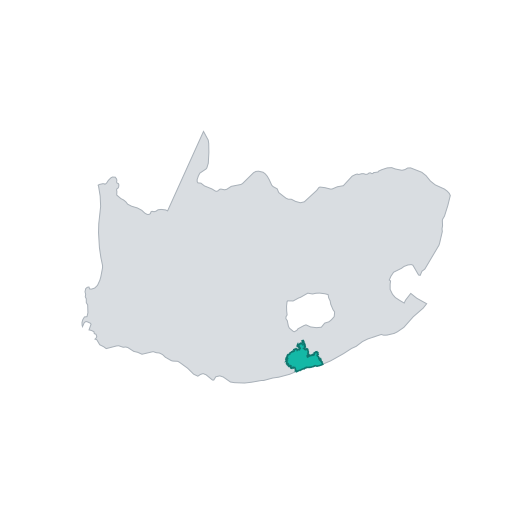 O.R.Tambo, Eastern Cape, South Africa (highlighted), rotated 29°
{"feature_id": "47623444B2401151093158", "entity_name": "O.R.Tambo", "entity_type": "district", "adm_level": 2, "iso_a3": "ZAF", "parent_name": "South Africa", "parent_adm1": "Eastern Cape", "projection": "albers", "projection_center": [29.004, -31.416], "detail": "fine", "context": "in_parent", "style": "filled", "palette": "teal", "viewbox_px": 512, "rotation_deg": 29, "n_neighbors": 0, "source": "geoboundaries", "source_scale": "gbopen_adm2", "svg_char_len": 9347}
<svg xmlns="http://www.w3.org/2000/svg" viewBox="0 0 512 512"><g transform="rotate(29 256 256)"><path d="M348.5,104.0L360.4,102.4L365.8,103.3L372.2,105.9L378.2,106.9L388.4,106.1L391.9,106.6L394.6,107.5L396.6,108.9L399.3,118.9L401.5,129.7L401.4,133.2L401.7,134.5L404.5,139.1L405.5,142.0L407.1,144.3L410.4,155.9L410.8,157.9L410.0,185.6L408.5,188.9L409.0,193.3L407.4,193.8L397.7,188.0L396.0,188.2L393.2,190.2L390.5,193.4L389.3,196.1L384.2,203.5L383.8,208.3L384.2,212.4L385.8,212.6L386.9,215.5L389.5,220.2L393.9,223.3L398.0,224.8L403.8,225.2L408.4,225.3L408.2,222.1L409.5,213.7L417.1,215.0L428.4,215.0L427.5,220.5L423.0,232.9L419.9,246.8L416.4,253.8L414.4,256.7L408.9,261.7L406.0,263.4L403.6,263.9L394.1,274.2L390.6,279.2L387.4,286.5L384.4,290.5L379.8,299.1L372.0,311.7L365.4,320.1L362.5,322.5L360.6,323.5L355.4,328.4L348.2,336.2L342.8,343.1L334.6,351.0L329.9,354.5L322.9,361.3L321.0,362.3L313.1,368.7L307.5,372.7L298.4,377.3L294.7,378.6L286.0,377.7L282.4,378.4L279.4,381.1L279.2,385.0L278.0,385.6L270.0,384.1L266.7,384.5L264.8,386.6L263.4,389.3L258.8,389.6L250.6,387.3L240.9,386.1L238.7,386.0L234.2,388.2L232.6,388.6L225.8,388.5L222.0,387.5L218.4,387.7L215.7,388.9L212.4,389.5L203.9,397.2L199.2,397.6L195.3,398.7L188.2,398.2L186.1,398.8L184.1,400.2L179.3,401.1L177.5,402.4L169.9,409.6L166.6,409.2L162.4,409.4L157.3,406.4L155.5,406.7L155.9,405.7L155.9,403.8L154.0,402.0L152.2,402.3L151.0,400.8L148.1,400.9L145.8,401.6L144.8,395.6L143.6,395.1L140.7,395.3L139.4,395.6L138.7,396.2L138.1,397.7L138.5,401.9L137.4,400.8L136.0,398.4L135.4,395.7L135.5,392.5L137.6,391.0L136.5,387.1L132.5,380.4L130.2,379.1L128.3,375.7L126.5,374.5L125.6,372.1L123.8,370.2L122.9,367.1L123.6,365.2L124.9,364.1L126.5,365.5L128.2,364.7L130.5,362.2L131.6,358.5L131.2,353.0L130.4,349.5L127.5,340.7L126.4,338.7L121.2,332.7L115.0,324.6L106.9,311.8L102.8,303.9L96.1,288.0L90.7,279.2L84.3,271.1L83.6,270.6L84.3,269.4L86.9,267.1L88.2,266.4L88.9,266.6L89.5,265.9L90.0,264.5L90.2,261.4L91.2,258.0L92.2,256.5L94.7,255.3L96.8,256.3L97.7,257.4L98.2,258.9L99.2,259.6L100.6,259.4L101.6,260.3L102.4,262.2L102.4,263.6L101.8,264.6L102.0,265.8L103.1,267.1L104.6,270.2L110.0,271.3L112.9,271.2L115.8,271.7L118.6,272.9L123.0,272.8L128.9,271.5L133.9,271.4L137.9,272.4L140.7,272.4L142.4,271.4L143.1,270.0L142.7,268.4L143.4,267.3L145.4,266.7L146.8,265.3L147.9,263.1L150.5,261.2L154.7,259.5L156.8,259.4L149.7,172.5L158.0,177.8L160.1,180.5L164.6,188.3L169.3,198.0L170.3,202.8L170.2,203.9L166.7,210.8L166.8,214.0L167.5,217.8L168.6,219.6L169.8,220.2L172.5,219.0L176.9,219.7L185.0,218.7L189.1,218.9L190.1,218.6L191.0,217.7L191.9,215.3L192.8,214.5L196.5,213.3L198.1,211.8L200.6,207.1L208.3,200.6L209.1,199.1L213.5,184.3L214.9,182.1L217.1,180.6L221.6,179.3L224.3,179.7L227.2,180.8L230.5,182.8L235.5,186.5L237.2,187.0L242.0,187.0L245.1,189.5L254.1,190.9L256.7,190.7L259.5,189.2L264.1,189.1L269.0,187.9L272.0,185.2L277.3,169.2L277.8,165.7L278.5,164.7L283.2,162.8L288.9,161.3L290.1,160.5L293.6,156.0L298.3,152.2L301.4,139.5L303.5,136.5L304.8,135.2L305.7,135.2L306.9,134.4L308.5,132.8L310.3,131.8L312.5,131.4L313.9,130.3L314.6,128.6L315.7,127.8L317.3,127.8L318.2,127.3L318.4,126.1L322.0,123.4L322.1,122.3L324.1,119.6L328.1,115.3L331.9,112.9L335.5,112.4L342.1,110.3L344.4,108.2L346.0,105.5L348.5,104.0ZM338.1,291.6L343.6,289.4L347.7,286.6L348.6,281.4L351.7,278.2L352.9,275.2L353.8,271.1L351.9,266.8L349.4,265.6L344.7,261.9L342.7,259.4L339.8,257.3L337.8,254.8L334.6,255.6L329.6,257.6L326.5,259.5L323.9,261.8L319.3,263.4L315.0,270.5L313.6,272.1L310.3,277.3L305.4,279.9L305.3,280.9L307.0,285.0L309.4,289.1L311.8,292.5L311.7,294.6L312.5,296.3L314.7,297.4L318.3,301.6L320.1,302.9L325.5,303.9L326.3,303.6L327.8,301.1L328.0,299.3L331.6,293.7L333.1,292.0L338.1,291.6Z" fill="#d9dde1" stroke="#a8b0b8" stroke-width="1"/><path d="M338.3,306.9L338.0,307.1L337.6,307.7L338.0,307.7L338.1,307.8L337.9,307.9L338.4,308.5L338.1,308.7L338.5,309.5L338.6,310.3L338.8,310.6L338.3,310.4L337.1,310.7L337.0,311.2L337.2,311.5L337.0,312.2L336.5,312.2L336.4,312.6L336.7,312.7L336.0,313.5L335.6,313.5L335.3,313.1L335.3,313.3L335.4,313.7L335.8,314.0L335.7,314.3L335.9,314.4L335.9,314.7L335.7,314.9L335.8,315.0L336.2,314.9L336.3,314.5L336.7,314.3L336.7,314.8L337.1,314.8L337.0,314.6L337.3,314.9L337.5,314.4L337.7,314.6L337.7,314.8L338.0,314.6L338.2,314.8L338.4,314.7L338.6,314.8L338.6,315.0L339.4,315.2L339.5,315.4L339.4,315.5L339.0,315.5L338.9,316.3L339.3,316.2L339.2,316.6L339.4,317.0L339.1,317.1L339.0,316.7L338.6,316.9L338.6,317.1L338.5,317.3L338.0,317.6L337.9,318.0L337.8,317.8L337.7,318.0L337.2,317.8L337.2,318.1L336.9,317.9L336.6,317.8L336.7,318.0L336.4,317.9L336.3,318.2L336.1,318.1L335.8,318.1L335.7,318.3L335.4,318.3L335.1,318.8L334.8,319.0L334.8,319.4L334.5,319.6L334.9,320.0L335.4,320.1L335.5,320.6L335.2,321.2L334.8,321.4L334.7,321.6L334.4,321.5L334.4,321.8L334.1,321.9L334.0,322.4L333.6,322.5L333.4,323.5L333.0,323.8L332.7,324.3L332.9,324.8L332.9,325.1L333.0,325.1L333.1,325.6L332.7,326.1L331.9,326.4L331.6,327.2L331.9,327.5L331.7,327.6L331.7,327.8L331.9,328.0L331.7,328.1L331.7,328.3L331.7,328.7L332.1,328.9L332.1,329.2L332.4,329.4L332.2,329.7L332.4,329.8L332.4,330.0L332.7,330.1L332.3,330.3L332.5,330.6L332.4,330.9L332.6,331.0L332.0,331.1L332.3,331.5L332.5,331.6L332.3,331.9L332.5,332.0L332.8,332.5L332.9,332.2L333.2,332.3L333.1,332.7L333.2,332.8L333.5,332.6L333.9,332.8L333.7,333.3L334.1,333.0L334.1,333.5L334.4,333.7L334.4,334.2L334.8,334.3L335.0,334.0L334.9,334.3L335.0,334.6L335.9,334.5L335.7,335.0L335.2,335.0L334.9,335.4L335.0,335.5L335.4,335.4L336.1,335.5L336.2,335.3L336.0,335.1L336.5,335.8L336.0,335.6L335.9,335.8L336.1,336.0L336.5,336.0L336.7,335.6L337.3,336.1L337.4,335.9L337.2,335.5L337.3,335.4L337.8,335.8L337.8,336.0L337.6,335.9L337.7,336.1L338.0,336.0L337.6,336.2L337.6,336.4L338.5,336.7L339.2,336.1L338.8,336.1L338.7,336.0L339.1,335.6L338.8,335.6L338.9,335.3L339.2,335.1L339.6,335.1L339.4,335.8L339.6,335.7L339.7,335.8L339.5,336.0L339.8,336.1L339.9,336.3L340.3,336.3L340.5,336.6L340.6,337.0L341.3,337.2L341.7,336.6L341.3,336.4L341.8,336.5L341.7,336.2L341.8,336.1L342.0,336.3L342.1,336.1L342.2,336.4L342.2,336.0L342.4,336.1L342.2,336.0L342.3,335.8L342.7,335.8L342.6,335.6L343.0,335.2L343.3,335.3L343.4,335.0L344.0,335.0L344.1,334.8L344.8,335.3L345.0,335.8L345.3,335.7L346.0,336.5L346.5,336.9L346.4,337.1L347.0,336.9L347.1,337.1L347.0,337.3L347.4,337.2L347.6,337.5L348.0,337.0L347.9,336.9L348.3,336.6L348.4,336.0L348.8,335.8L348.8,335.6L349.3,335.0L350.0,334.8L350.0,334.5L350.5,333.8L350.6,333.6L351.0,333.3L351.0,332.9L352.1,331.6L352.7,331.4L352.6,331.2L352.9,331.0L352.9,330.4L353.8,329.8L353.8,329.4L354.3,328.9L354.2,328.8L355.0,328.4L355.6,328.3L355.9,327.9L356.7,327.6L356.9,327.5L356.8,327.3L357.8,326.7L358.4,326.3L358.6,325.8L359.3,325.4L359.6,324.9L359.8,324.9L360.3,324.1L360.3,323.9L360.6,323.8L360.6,323.5L361.2,323.1L361.3,323.0L362.6,322.9L363.1,322.6L363.4,322.1L364.1,321.7L365.1,320.6L365.4,320.2L365.9,319.7L366.2,319.4L366.2,319.2L366.9,318.5L367.0,318.3L366.8,318.2L366.4,317.9L366.3,318.0L366.1,317.7L365.5,317.4L365.3,317.4L365.0,317.1L365.0,316.8L364.8,316.9L364.7,316.8L364.8,316.7L364.2,316.6L364.3,316.4L364.1,316.7L363.8,316.5L363.7,316.2L363.6,316.3L363.3,316.3L363.4,316.1L363.2,316.0L363.2,315.9L362.7,315.9L362.9,315.8L362.9,315.5L362.5,315.6L362.5,315.4L362.3,315.6L362.1,315.8L361.9,315.1L361.8,315.3L361.6,315.2L361.6,315.4L361.4,315.2L361.2,315.2L361.3,315.4L361.3,315.5L360.9,315.4L360.7,315.4L360.6,315.0L360.8,314.9L360.5,314.4L359.9,314.1L359.9,314.3L359.5,313.8L358.4,313.8L358.3,313.4L357.6,313.2L357.7,312.8L357.4,312.2L358.0,312.1L358.1,311.9L357.5,311.4L357.1,311.3L357.0,311.0L356.7,311.0L356.5,310.7L356.4,310.8L356.5,310.6L356.1,310.7L355.8,310.4L355.7,310.6L355.5,310.3L355.4,310.4L354.9,310.7L355.1,311.1L355.0,311.4L354.9,311.5L354.6,311.5L354.5,311.9L354.1,312.1L354.1,312.3L353.9,312.4L354.1,312.8L354.4,312.8L354.3,313.3L354.5,313.5L353.8,314.3L354.0,314.3L354.0,314.1L354.6,314.2L354.6,314.8L354.4,314.8L354.3,314.6L354.1,314.7L353.7,314.9L353.4,314.9L353.5,315.2L353.2,315.4L352.9,315.3L352.8,315.5L353.3,315.7L353.3,315.8L352.9,316.0L352.6,316.3L352.4,316.1L352.2,316.1L352.1,316.5L351.8,316.7L351.5,316.7L351.3,317.1L351.4,317.5L351.1,317.5L350.8,316.9L350.7,316.9L350.6,317.3L350.8,317.6L350.8,317.9L350.2,319.0L350.4,319.1L350.3,319.4L349.8,319.3L349.5,318.9L349.5,318.6L349.1,318.5L349.1,317.7L349.3,317.2L349.6,317.5L349.8,316.8L349.5,317.1L349.5,316.8L349.8,316.7L349.9,316.4L349.7,316.3L349.1,316.3L348.4,315.9L348.6,315.6L348.4,314.5L348.1,314.3L347.8,314.2L347.6,313.9L347.1,313.6L346.9,313.3L347.0,313.2L346.6,312.8L346.5,312.5L346.0,312.4L345.9,312.4L346.0,312.8L345.7,312.7L345.6,312.9L345.2,312.9L345.3,313.6L344.9,313.8L344.8,314.0L344.7,314.0L344.8,313.7L344.6,313.3L344.3,313.6L344.5,313.7L344.3,314.0L344.2,314.0L344.1,313.6L343.8,313.7L344.0,313.9L343.7,314.1L343.0,313.6L342.6,313.6L342.8,313.3L343.1,313.5L343.1,313.1L343.4,313.2L343.0,312.6L343.1,312.4L343.0,312.1L342.8,312.1L342.6,311.6L343.0,311.5L342.9,311.4L342.9,311.1L342.3,310.9L342.1,311.1L342.2,311.5L342.0,311.2L341.8,311.2L342.0,310.5L341.8,310.4L341.8,310.2L341.4,310.0L341.4,309.8L341.6,309.7L341.3,309.5L340.9,309.5L340.7,309.7L340.7,309.1L340.4,309.2L340.3,308.9L340.1,308.8L340.1,308.6L339.4,308.2L339.3,308.4L339.1,308.4L339.2,307.9L338.8,308.0L338.8,307.8L338.5,307.7L338.5,307.4L338.5,307.0L338.3,306.9Z" fill="#14b8a6" stroke="#0f766e" stroke-width="1.5"/></g></svg>